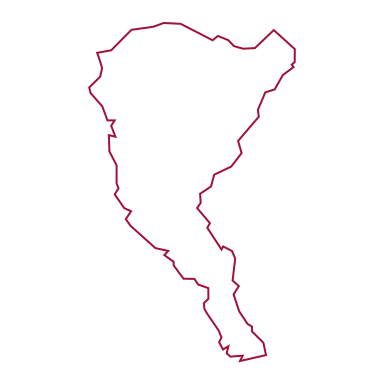 the district of Marion, South Carolina, United States of America
{"feature_id": "52423323B89464999427747", "entity_name": "Marion", "entity_type": "district", "adm_level": 2, "iso_a3": "USA", "parent_name": "United States of America", "parent_adm1": "South Carolina", "projection": "mercator", "projection_center": [-79.345, 33.998], "detail": "fine", "context": "isolated", "style": "outline", "palette": "rose", "viewbox_px": 384, "rotation_deg": 0, "n_neighbors": 0, "source": "geoboundaries", "source_scale": "gbopen_adm2", "svg_char_len": 1165}
<svg xmlns="http://www.w3.org/2000/svg" viewBox="0 0 384 384"><path d="M100.3,61.9L102.1,68.2L100.2,76.7L89.2,87.4L90.6,93.1L102.2,106.2L107.5,120.4L114.6,120.4L111.2,125.8L115.4,136.7L108.9,135.2L109.4,151.4L116.6,165.3L116.6,183.4L118.5,188.3L114.7,194.4L124.3,208.2L131.1,211.2L125.8,219.1L130.6,225.9L155.4,248.1L168.2,250.9L164.3,255.1L173.7,261.8L173.6,265.3L183.5,278.7L194.4,278.9L198.1,284.5L208.3,288.1L208.4,298.8L203.9,303.2L204.4,308.9L207.3,313.9L218.6,330.4L221.5,337.5L219.1,342.2L223.0,349.5L228.3,346.2L226.7,353.4L230.5,356.6L242.7,355.7L240.0,361.0L266.0,355.1L263.4,342.8L252.1,331.5L252.0,326.6L247.5,323.9L239.2,311.3L233.6,294.4L238.8,286.1L232.6,280.5L235.2,258.6L232.0,251.0L223.2,246.5L221.5,249.5L207.3,227.8L209.9,223.2L197.1,208.0L200.7,202.8L200.1,193.8L211.0,186.5L214.2,174.7L231.3,166.5L241.6,153.1L238.1,140.9L258.8,116.7L257.9,109.8L265.3,92.4L274.7,89.4L282.8,75.1L293.5,67.1L291.7,64.7L294.7,62.0L294.8,49.1L273.8,30.1L254.9,48.1L243.1,48.7L233.9,46.1L228.2,40.1L217.8,36.0L212.7,40.3L180.6,23.8L163.7,23.0L153.7,26.6L150.3,27.2L131.5,29.8L111.2,50.3L97.2,52.8L100.3,61.9Z" fill="none" stroke="#9f1239" stroke-width="2"/></svg>